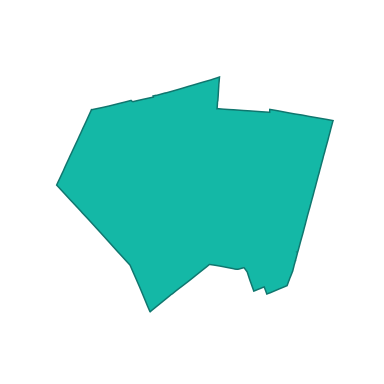 Sandra, Timis, Romania, rotated 206°
{"feature_id": "2599482B18358712742029", "entity_name": "Sandra", "entity_type": "district", "adm_level": 2, "iso_a3": "ROU", "parent_name": "Romania", "parent_adm1": "Timis", "projection": "albers", "projection_center": [20.888, 45.925], "detail": "fine", "context": "isolated", "style": "filled", "palette": "teal", "viewbox_px": 384, "rotation_deg": 206, "n_neighbors": 0, "source": "geoboundaries", "source_scale": "gbopen_adm2", "svg_char_len": 2901}
<svg xmlns="http://www.w3.org/2000/svg" viewBox="0 0 384 384"><g transform="rotate(206 192 192)"><path d="M158.1,300.4L158.3,300.3L157.1,297.7L162.5,295.5L166.2,294.0L171.2,292.0L175.2,290.4L181.0,288.0L186.5,285.8L190.3,284.3L194.5,282.5L200.1,280.2L205.9,278.0L206.0,277.9L207.9,282.6L208.5,283.9L208.9,285.6L210.8,290.3L212.4,294.1L214.5,299.2L215.0,300.3L216.1,303.3L217.7,307.4L219.7,305.4L222.0,303.2L224.2,301.0L229.5,296.3L232.7,293.4L237.9,288.6L241.6,285.3L245.0,282.1L248.8,278.6L254.7,273.3L259.3,269.2L259.5,269.3L265.3,264.1L266.5,263.1L267.0,262.7L267.2,262.8L269.1,261.2L268.3,260.3L270.1,259.0L273.0,256.7L277.3,253.3L281.9,249.6L284.2,247.7L284.7,247.3L285.4,247.2L286.1,247.3L286.5,247.5L286.9,247.6L287.7,246.9L291.9,243.3L297.2,238.9L301.8,235.0L304.3,232.9L309.8,228.5L315.9,223.8L318.3,221.9L318.5,221.9L318.4,220.5L318.2,212.9L318.1,209.8L318.0,204.2L318.0,201.8L317.8,196.0L317.8,193.7L317.6,187.8L317.6,185.4L317.5,179.2L317.5,178.2L317.4,174.4L317.4,170.4L317.3,168.4L317.2,162.0L317.1,158.1L316.9,154.4L316.9,151.5L316.8,146.0L316.8,142.9L316.7,138.9L297.5,131.4L283.6,126.1L281.3,125.1L274.6,122.6L253.7,114.3L240.8,109.1L239.6,108.6L231.2,105.2L230.8,105.1L222.5,101.8L215.6,99.1L209.5,93.9L204.4,89.6L200.9,86.6L197.6,83.8L192.7,79.5L187.6,75.0L184.0,71.8L182.1,70.1L177.4,66.1L177.1,66.0L176.4,67.7L173.9,73.1L172.4,76.3L169.8,81.9L166.7,88.6L166.0,90.3L165.7,90.8L164.9,92.1L163.3,95.7L161.1,100.2L160.2,101.9L156.9,108.5L154.9,112.6L153.0,116.6L151.9,119.0L148.9,125.3L147.8,127.6L146.3,130.7L144.7,134.3L144.6,134.5L144.4,134.6L144.1,134.7L140.7,135.8L137.4,136.8L133.6,137.9L131.4,138.5L127.2,139.6L123.2,140.7L120.9,141.3L119.8,141.5L118.9,141.8L118.4,142.0L117.2,142.5L116.6,142.9L116.3,143.1L113.6,145.5L112.7,146.3L112.0,146.8L110.3,145.9L107.4,144.4L106.9,143.9L104.9,141.8L101.4,138.2L98.1,135.0L94.2,131.2L93.0,130.0L92.0,131.1L89.9,133.5L88.4,135.1L86.6,137.2L85.5,138.3L82.9,135.9L80.0,133.1L78.6,134.7L77.8,135.4L71.5,142.7L66.8,148.0L65.5,149.5L65.8,152.6L66.0,154.1L66.0,155.1L66.1,155.9L66.3,157.2L66.3,157.5L66.4,159.3L66.6,162.3L66.8,164.2L66.8,165.0L67.0,165.9L67.3,167.3L67.8,169.7L68.1,170.9L68.6,173.8L69.0,175.4L68.8,175.7L69.0,175.9L69.2,177.0L70.2,182.0L70.5,183.3L70.6,183.9L70.9,184.2L71.1,184.2L70.7,184.6L71.0,186.4L71.6,189.5L72.6,194.5L72.9,196.2L73.6,200.0L74.0,202.3L74.8,206.4L75.3,208.7L76.1,213.0L76.6,215.2L77.2,218.3L77.7,220.6L77.9,221.7L78.6,225.5L78.9,227.1L79.3,229.5L79.9,232.5L80.5,235.6L81.2,239.3L81.6,241.5L82.1,244.0L82.8,247.3L83.4,250.8L84.0,253.6L85.0,258.8L85.7,262.1L86.0,264.2L86.9,268.4L87.1,269.6L88.3,275.6L89.0,279.4L89.5,281.5L90.4,286.7L90.7,287.9L91.7,293.3L92.7,298.7L93.5,302.5L94.5,307.7L94.8,308.9L95.8,314.2L96.4,317.2L96.5,318.0L102.7,316.3L109.2,314.4L113.3,313.2L120.1,311.2L126.6,309.5L134.2,307.1L139.5,305.6L150.2,302.7L158.1,300.4Z" fill="#14b8a6" stroke="#0f766e" stroke-width="1.5"/></g></svg>